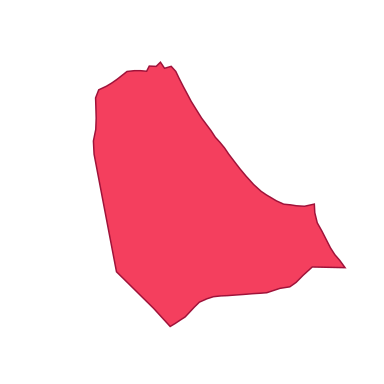 the district of Baía da Traição, Paraíba, Brazil, rotated 333°
{"feature_id": "56859067B41140077622379", "entity_name": "Baía da Traição", "entity_type": "district", "adm_level": 2, "iso_a3": "BRA", "parent_name": "Brazil", "parent_adm1": "Paraíba", "projection": "natural_earth1", "projection_center": [-34.974, -6.659], "detail": "fine", "context": "isolated", "style": "filled", "palette": "rose", "viewbox_px": 384, "rotation_deg": 333, "n_neighbors": 0, "source": "geoboundaries", "source_scale": "gbopen_adm2", "svg_char_len": 1096}
<svg xmlns="http://www.w3.org/2000/svg" viewBox="0 0 384 384"><g transform="rotate(333 192 192)"><path d="M230.5,70.6L223.7,69.3L222.8,62.0L217.1,63.8L211.1,60.4L206.4,63.8L201.0,60.4L195.9,57.8L188.8,55.1L181.8,56.5L176.2,57.6L169.6,58.5L163.7,58.9L155.3,58.6L148.8,64.4L145.2,72.1L140.1,82.8L134.7,92.5L127.3,101.8L121.9,113.9L88.5,228.8L104.9,278.0L111.5,301.9L117.4,301.5L123.1,300.8L129.2,300.2L135.3,298.0L141.6,295.7L148.5,293.5L156.6,293.9L163.5,295.0L170.6,297.7L176.5,300.4L183.9,303.5L191.7,306.8L199.8,310.1L206.9,313.2L212.9,315.7L219.5,316.7L226.7,317.8L236.1,320.9L243.7,319.8L253.0,316.7L265.1,313.4L272.6,317.4L294.0,328.9L292.6,320.0L290.8,312.7L290.0,304.6L290.0,297.5L290.0,286.0L289.6,276.3L292.0,266.2L295.5,258.3L285.8,255.8L278.8,251.7L274.0,248.2L268.2,244.5L263.1,238.1L256.8,228.1L253.8,222.6L250.3,213.3L247.3,202.2L245.2,192.9L243.9,185.9L241.9,174.9L241.0,167.6L239.5,160.7L237.6,153.8L236.8,146.1L235.5,138.6L234.1,130.5L233.4,122.7L232.4,110.8L232.3,103.9L232.1,94.0L232.1,84.9L232.3,77.2L230.5,70.6Z" fill="#f43f5e" stroke="#9f1239" stroke-width="1.5"/></g></svg>